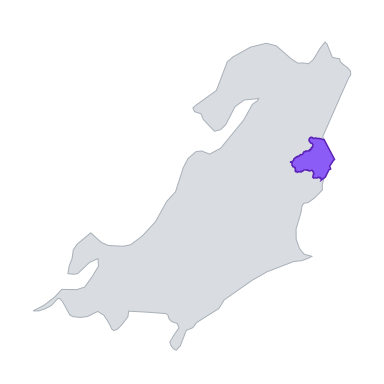 Los Chiles, Alajuela, Costa Rica (highlighted), rotated 94°
{"feature_id": "36466004B82753262426654", "entity_name": "Los Chiles", "entity_type": "district", "adm_level": 2, "iso_a3": "CRI", "parent_name": "Costa Rica", "parent_adm1": "Alajuela", "projection": "albers", "projection_center": [-84.675, 10.857], "detail": "fine", "context": "in_parent", "style": "filled", "palette": "violet", "viewbox_px": 384, "rotation_deg": 94, "n_neighbors": 0, "source": "geoboundaries", "source_scale": "gbopen_adm2", "svg_char_len": 5798}
<svg xmlns="http://www.w3.org/2000/svg" viewBox="0 0 384 384"><g transform="rotate(94 192 192)"><path d="M350.9,196.8L350.3,198.6L348.7,200.5L346.4,202.4L343.3,203.7L335.7,199.9L328.3,195.5L324.2,197.6L322.7,203.3L320.0,206.2L316.5,207.4L315.1,209.3L315.0,228.7L315.3,246.9L320.9,247.2L330.3,253.5L334.4,257.2L335.6,260.6L334.5,262.3L327.7,266.3L321.0,271.4L317.7,277.7L323.6,287.8L324.9,294.6L324.7,301.8L323.2,305.3L310.2,313.6L307.4,316.6L307.8,318.6L315.0,324.3L318.4,329.8L321.3,336.4L321.7,342.2L315.1,331.5L306.1,321.4L298.2,315.1L297.5,300.4L294.4,292.5L282.5,285.2L272.4,280.1L265.0,281.2L269.6,289.6L281.5,300.4L282.3,304.5L282.1,310.1L274.0,309.3L266.8,307.0L258.0,306.4L252.2,303.1L239.8,290.2L248.5,279.1L251.2,271.8L250.9,256.8L248.9,249.5L239.3,238.5L224.2,226.4L203.0,216.5L193.0,208.5L168.3,202.4L158.8,198.3L151.5,190.8L150.4,185.3L153.0,177.0L146.2,166.4L116.7,145.5L100.2,137.8L96.7,133.3L94.1,131.9L96.6,146.3L103.8,155.0L122.6,163.1L127.8,167.8L129.8,173.9L118.9,185.7L113.3,188.6L111.7,195.0L108.1,197.0L104.4,193.3L89.1,174.8L59.7,165.9L54.3,160.5L43.4,143.7L38.4,128.3L40.3,118.1L52.4,102.1L56.2,95.2L55.5,90.9L55.9,84.6L51.4,80.2L40.2,74.5L33.1,69.8L35.1,67.6L47.9,61.4L48.7,55.9L48.7,54.0L50.8,53.6L52.6,52.2L53.8,50.6L57.3,45.3L60.4,42.3L63.9,41.8L68.2,44.0L84.3,49.9L102.2,56.3L127.8,65.5L138.4,59.6L147.5,55.2L153.8,55.8L167.5,61.0L175.8,62.6L180.9,62.1L189.7,69.7L194.5,75.5L195.3,79.3L198.0,81.3L204.8,81.8L221.6,85.6L231.8,84.8L241.1,80.7L246.2,75.8L247.8,68.0L250.2,71.8L252.9,77.9L254.2,85.6L266.3,111.5L276.0,126.0L297.3,152.3L306.4,157.1L321.9,178.3L327.3,181.7L330.4,188.0L346.4,193.0L350.9,196.8Z" fill="#d9dde1" stroke="#a8b0b8" stroke-width="1"/><path d="M171.1,63.9L167.8,60.0L160.4,57.0L159.4,55.3L156.6,56.5L151.0,53.3L149.5,52.1L130.5,63.9L130.4,65.1L130.4,65.4L130.3,65.5L130.3,66.0L130.1,66.5L130.1,66.9L129.9,67.2L129.9,67.4L129.9,68.5L129.8,68.8L129.6,69.0L129.6,69.3L129.7,69.5L129.8,69.8L129.8,70.0L129.8,70.4L130.0,70.6L129.8,70.9L129.8,71.4L129.7,71.5L129.6,71.9L129.4,72.4L129.4,72.7L129.6,73.0L129.7,73.3L130.0,73.5L130.1,74.0L130.1,74.3L130.0,74.5L130.0,74.9L129.9,75.2L129.8,75.3L129.4,75.4L129.4,75.5L129.5,75.7L129.5,75.8L129.1,76.2L129.1,76.3L129.0,76.5L129.0,76.9L129.0,77.0L129.3,77.3L129.4,77.5L129.7,77.9L129.7,78.0L130.1,78.2L130.1,78.4L130.4,78.4L130.7,78.6L131.1,78.7L131.5,78.9L131.7,79.0L131.9,78.9L132.8,78.8L132.9,78.7L133.0,78.5L133.0,78.4L133.5,78.2L133.7,77.8L134.0,77.7L134.4,77.5L134.5,77.4L134.7,77.2L134.9,77.0L134.9,76.8L134.9,76.6L135.0,76.3L134.9,76.1L134.9,75.9L135.0,75.7L135.3,75.5L135.6,75.2L136.0,75.1L136.1,74.9L136.3,74.8L136.4,74.7L136.5,74.6L137.2,74.6L137.4,74.5L137.7,74.6L137.8,74.6L137.9,74.8L138.2,75.0L138.4,75.1L138.6,75.1L139.0,75.0L139.0,75.3L139.3,75.3L139.6,75.6L139.6,75.9L139.7,76.1L139.8,76.1L140.0,76.3L140.3,76.2L140.5,76.3L140.7,76.2L140.8,76.2L140.8,76.3L141.0,76.4L141.1,76.6L141.4,76.6L141.4,76.8L141.5,76.8L141.8,77.0L142.0,77.3L141.9,77.5L142.2,77.5L142.3,77.5L142.1,77.9L142.1,78.0L142.4,78.1L142.4,78.3L142.4,78.1L142.5,78.1L142.7,78.3L142.8,78.5L142.9,79.0L143.0,79.2L143.1,79.4L143.1,79.5L143.0,79.8L143.0,80.0L143.2,81.1L143.3,81.1L143.5,81.2L143.5,81.4L143.5,81.5L143.8,81.5L143.8,81.8L143.7,81.9L143.6,82.0L143.8,82.2L143.8,82.3L143.9,82.7L144.0,83.0L144.5,83.4L144.7,83.5L144.9,83.5L145.0,83.7L145.4,83.8L146.1,84.0L146.5,84.2L146.7,84.3L146.8,84.5L147.0,84.6L147.1,84.8L147.2,85.0L147.1,85.4L147.1,85.5L147.2,85.8L147.1,86.0L147.2,86.4L147.3,86.5L147.5,86.6L147.6,86.8L147.7,87.1L147.8,87.2L148.7,87.5L148.8,87.5L148.9,87.8L148.8,88.2L148.9,88.3L149.0,88.3L149.1,88.5L149.5,89.2L149.6,89.3L149.3,89.4L149.4,89.5L149.4,89.8L149.5,90.0L149.7,90.4L149.9,90.5L149.9,90.4L150.0,90.4L150.1,90.5L150.3,90.8L150.4,91.2L150.5,91.4L150.6,91.5L151.2,91.7L151.3,91.8L151.3,92.0L151.5,92.2L151.7,92.4L151.9,92.7L152.0,92.7L152.6,92.7L153.2,92.8L153.3,93.0L153.8,93.3L154.0,93.5L154.4,94.1L154.7,94.4L154.9,94.7L155.0,95.1L155.0,95.7L155.1,95.8L155.4,95.8L155.5,95.6L155.6,95.3L155.6,94.8L155.8,94.6L155.7,94.2L158.5,94.1L158.6,93.8L158.6,93.7L158.9,93.6L159.0,93.5L159.3,93.1L159.7,93.1L159.8,92.8L160.0,92.6L160.0,92.4L159.8,91.8L160.0,91.5L160.3,91.2L160.5,91.0L160.5,90.8L160.6,90.7L161.1,90.7L161.2,90.9L161.3,90.8L161.4,90.7L161.5,90.6L161.9,90.5L162.1,90.5L162.3,90.4L162.6,90.3L163.0,90.2L163.3,90.3L163.4,90.6L163.7,90.5L163.8,90.5L163.9,90.4L163.9,90.2L164.0,90.1L164.3,89.9L164.5,89.8L164.6,89.7L164.4,89.4L164.3,89.2L164.4,88.8L164.5,88.7L164.8,88.5L164.6,88.4L164.5,88.2L164.4,88.1L164.4,87.9L164.5,87.8L164.6,87.6L164.5,87.4L164.3,87.0L164.3,86.8L164.4,86.6L164.4,86.2L164.3,85.9L164.0,85.4L164.1,85.2L164.3,85.0L164.5,84.6L164.3,84.5L164.1,84.5L164.0,84.4L163.9,84.3L163.8,84.2L163.7,84.1L163.7,83.6L163.5,83.0L163.3,82.8L163.0,82.6L162.9,82.5L162.7,82.4L162.5,82.2L162.2,81.8L162.2,81.7L162.1,81.4L162.1,80.7L162.1,79.8L162.0,79.5L162.0,79.4L162.3,79.0L162.3,78.8L161.9,78.5L161.8,78.3L161.8,78.2L162.2,78.1L162.3,78.0L162.4,77.9L162.5,77.6L162.6,77.4L162.8,76.9L162.8,76.7L162.8,76.4L162.7,76.1L162.6,75.9L162.6,75.7L162.6,75.3L162.1,74.9L162.2,74.5L162.2,74.3L162.1,74.1L162.0,73.8L162.0,73.6L162.4,73.2L162.6,73.1L162.8,73.0L163.1,72.6L163.3,72.4L163.6,72.6L164.0,72.3L164.3,72.2L164.7,71.8L165.2,71.8L165.5,71.7L165.8,71.8L166.0,71.9L166.1,72.2L166.2,72.3L166.5,72.3L167.8,72.3L168.2,72.5L168.4,72.5L168.7,72.5L169.0,72.4L169.6,71.8L169.6,71.7L169.4,71.5L169.4,71.3L169.5,71.2L169.4,70.9L169.4,70.2L169.3,69.6L169.3,69.4L169.3,68.4L169.2,68.3L169.2,68.2L169.1,67.7L168.9,67.4L168.5,67.2L168.4,67.0L168.4,66.7L168.5,66.4L169.0,65.9L169.0,65.6L168.9,65.6L168.7,65.5L168.6,65.3L168.6,65.2L168.8,64.9L169.3,64.7L169.5,64.6L169.5,64.3L170.1,64.0L170.2,63.9L170.3,63.9L170.3,63.6L170.5,63.6L170.8,63.8L171.1,63.9Z" fill="#8b5cf6" stroke="#5b21b6" stroke-width="1.5"/></g></svg>